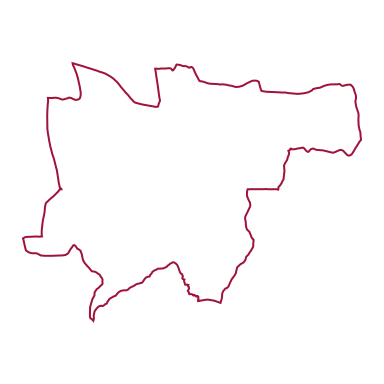 Masasi Township Authority, Mtwara, United Republic of Tanzania (Equal Earth projection)
{"feature_id": "72390352B27431607141265", "entity_name": "Masasi Township Authority", "entity_type": "district", "adm_level": 2, "iso_a3": "TZA", "parent_name": "United Republic of Tanzania", "parent_adm1": "Mtwara", "projection": "equal_earth", "projection_center": [38.869, -10.751], "detail": "fine", "context": "isolated", "style": "outline", "palette": "rose", "viewbox_px": 384, "rotation_deg": 0, "n_neighbors": 0, "source": "geoboundaries", "source_scale": "gbopen_adm2", "svg_char_len": 5837}
<svg xmlns="http://www.w3.org/2000/svg" viewBox="0 0 384 384"><path d="M361.0,139.9L360.4,133.8L360.4,132.3L359.4,129.4L359.0,127.1L358.8,126.7L358.6,124.6L358.4,119.7L358.6,114.9L358.3,112.8L356.3,106.9L355.4,102.0L355.6,99.9L356.0,98.5L356.0,96.6L355.7,94.9L354.4,91.1L353.7,88.5L352.3,86.2L351.5,85.7L350.9,84.9L350.0,84.6L347.2,84.8L343.1,85.8L342.2,85.8L341.5,85.5L340.1,84.3L339.5,84.0L337.4,84.3L332.6,84.4L330.7,84.4L327.6,84.9L325.9,85.3L323.6,86.1L320.0,87.7L316.5,88.2L313.2,89.0L311.8,90.5L308.3,92.3L303.2,93.4L297.7,93.9L288.6,93.1L285.2,92.5L281.6,92.5L274.5,92.1L266.8,91.8L262.2,91.1L261.5,90.9L260.7,89.0L258.7,81.7L257.2,80.9L256.3,80.7L255.1,80.6L252.8,80.7L251.1,81.3L247.1,83.2L244.2,84.9L242.4,85.8L239.3,86.7L236.2,87.0L234.5,86.7L231.7,85.8L228.9,85.4L226.2,84.7L222.2,84.3L220.2,84.5L217.4,84.1L209.7,83.7L207.3,83.1L203.5,81.8L201.1,81.2L200.2,81.3L199.5,80.9L199.2,80.6L197.3,76.9L196.1,74.9L193.3,68.5L192.3,67.4L191.4,67.0L190.4,67.1L189.9,67.6L188.7,67.6L187.8,67.0L186.5,66.3L185.3,66.1L183.1,66.1L180.0,65.0L176.9,64.5L176.4,64.8L175.0,67.7L173.1,70.3L172.4,70.4L171.4,69.0L170.8,68.6L170.0,68.3L169.1,68.2L165.4,68.5L161.4,68.5L158.3,68.9L156.8,68.7L155.2,68.7L157.7,85.2L158.8,93.5L159.4,97.6L160.0,100.5L159.6,101.8L158.9,103.3L158.0,106.6L155.9,106.9L142.5,104.5L137.6,103.3L134.9,102.5L133.6,101.5L132.6,100.3L130.8,98.5L127.7,94.6L126.0,92.9L120.8,86.8L119.2,84.6L116.7,81.7L113.1,78.4L110.4,76.5L106.6,74.3L104.6,73.3L100.4,71.9L99.1,71.6L97.6,70.9L90.5,68.6L88.0,67.9L84.2,66.6L72.6,63.2L72.9,64.8L73.4,66.0L74.0,67.1L76.3,73.0L77.1,75.5L78.1,79.1L78.7,82.0L79.6,85.8L80.7,92.4L80.7,94.9L80.3,97.1L79.5,98.8L78.1,99.5L76.1,99.9L75.0,99.8L70.8,97.9L68.9,97.6L68.1,98.1L63.2,99.5L62.0,99.5L59.3,98.5L57.5,98.0L55.9,97.7L51.0,98.0L47.9,97.9L48.1,100.3L48.1,102.1L47.8,103.5L47.5,108.2L47.3,112.5L47.2,115.8L47.4,129.3L48.0,133.6L49.2,140.8L50.4,146.8L52.6,155.1L53.3,156.9L53.9,158.7L56.2,167.9L56.8,169.8L58.4,180.1L58.6,182.0L59.3,185.1L59.9,187.9L61.1,188.6L61.4,189.3L59.7,189.5L58.1,191.6L53.5,196.2L49.6,199.5L45.9,203.1L45.4,204.9L45.2,206.0L44.9,207.7L44.7,210.8L44.2,214.3L42.9,220.4L42.4,224.1L41.7,230.7L41.7,235.1L41.8,235.9L42.0,236.4L39.5,236.7L36.7,236.5L26.7,236.9L25.2,237.2L24.0,237.8L23.0,238.4L23.5,240.0L25.1,247.3L25.9,250.3L28.0,251.9L29.3,252.5L31.1,253.1L33.0,253.3L35.3,253.2L37.2,253.5L40.5,255.3L41.1,255.5L45.1,255.8L51.6,255.8L62.7,255.4L65.4,255.0L68.0,253.5L70.3,249.5L71.9,247.4L73.2,245.4L74.1,245.1L75.1,245.6L76.3,247.1L77.3,248.7L78.5,249.2L80.4,250.6L81.8,254.3L82.3,257.0L83.0,259.9L83.5,260.8L83.5,261.2L85.0,263.4L87.7,266.5L88.8,267.6L91.7,271.2L95.2,271.8L96.5,272.5L97.9,273.6L99.7,274.7L100.2,275.8L101.7,277.9L102.5,279.3L102.4,281.8L102.6,283.3L102.2,284.4L100.0,286.3L98.9,287.6L96.7,289.2L94.7,292.2L94.5,293.6L94.5,295.3L93.8,296.7L92.6,298.7L90.7,304.8L90.1,307.4L89.9,315.1L90.0,317.0L90.4,318.1L91.1,318.8L91.8,319.1L93.3,320.8L93.9,318.5L93.7,315.5L94.6,311.3L96.4,308.8L98.4,306.6L101.0,305.7L102.5,306.1L103.9,305.4L105.1,304.2L106.6,303.7L107.5,301.8L109.6,298.8L113.3,296.6L115.8,295.6L117.3,293.6L119.0,291.9L121.1,290.8L123.9,290.3L126.6,290.3L128.0,289.6L129.6,288.0L131.7,286.8L133.7,286.0L136.3,284.2L142.0,282.7L142.9,281.7L144.7,278.9L145.9,277.6L147.5,276.8L149.6,276.5L150.2,275.0L151.5,273.6L152.4,271.9L154.5,270.4L156.7,269.5L157.8,268.7L161.2,268.6L163.5,268.3L166.6,266.9L167.3,266.0L170.4,263.6L172.9,262.3L174.2,262.5L175.6,263.4L177.1,264.8L178.0,266.6L180.1,272.5L181.0,273.6L182.1,274.3L182.4,274.9L182.4,275.3L182.9,276.5L182.5,277.1L182.4,278.5L182.9,279.1L184.0,279.3L184.4,279.5L184.1,280.1L184.2,281.9L184.6,282.6L184.8,283.5L185.1,284.5L185.4,284.8L187.0,284.7L187.6,284.7L187.7,284.9L188.3,285.0L188.0,285.6L188.1,286.4L188.8,286.9L189.0,288.3L188.8,289.2L187.9,290.5L187.9,291.2L188.9,292.3L189.1,293.0L189.1,293.8L189.4,294.2L191.3,294.1L192.1,294.3L193.1,295.3L193.3,295.4L193.5,294.9L193.9,294.8L194.2,294.9L194.3,295.4L194.5,295.5L195.3,295.5L196.4,296.6L196.7,296.6L196.9,296.0L197.5,296.0L198.3,296.7L198.3,297.2L198.4,297.6L198.3,298.5L198.5,299.0L198.5,299.6L198.1,299.7L198.1,301.1L199.6,300.9L200.9,300.6L204.2,300.0L206.1,299.7L207.9,299.6L214.4,300.7L220.5,302.9L221.4,299.9L221.8,298.3L222.0,297.1L222.2,293.9L222.5,292.7L223.2,291.2L225.3,288.6L226.9,288.0L227.9,287.2L228.5,286.4L230.4,282.0L231.5,279.7L232.5,278.1L234.2,276.0L235.3,274.1L236.0,272.6L236.1,271.7L236.9,268.4L237.2,267.5L237.6,266.9L240.5,264.2L241.3,263.7L242.6,263.1L243.6,262.4L244.4,261.4L245.3,260.0L245.8,258.8L245.8,257.8L246.4,256.6L248.5,254.5L249.9,252.0L250.9,250.9L251.7,249.3L252.9,247.3L253.1,246.7L253.3,245.3L253.2,243.8L253.5,241.2L253.4,240.9L253.6,240.6L253.6,240.0L253.4,239.5L253.1,239.1L252.6,238.9L251.6,237.5L250.5,234.4L250.2,233.9L249.3,231.7L247.2,229.7L246.7,228.9L246.2,227.0L245.9,225.2L245.8,223.0L245.6,221.3L245.1,218.6L245.2,217.1L245.6,215.9L247.8,211.4L250.1,206.5L250.3,205.5L250.3,204.6L249.7,201.8L249.1,201.1L248.1,198.7L247.4,197.2L246.9,195.1L247.0,191.8L247.6,189.3L251.6,189.2L264.0,189.2L266.2,189.0L267.9,189.3L275.0,189.2L277.1,189.3L278.2,189.6L278.4,188.7L278.4,187.3L278.7,186.7L280.0,185.5L280.7,184.5L282.0,182.3L282.4,181.2L283.6,179.2L283.6,178.5L284.1,174.4L284.2,172.7L284.5,171.3L284.0,165.5L285.4,162.6L287.3,159.6L287.7,157.3L288.6,155.3L289.2,153.3L288.4,150.7L289.8,150.2L290.4,148.7L291.2,148.6L291.9,149.3L295.0,149.2L297.2,148.6L298.8,148.3L300.0,148.2L302.7,147.6L303.6,147.9L304.5,148.8L306.2,150.8L307.5,151.7L308.2,151.9L309.0,151.3L310.7,149.3L312.3,148.7L313.5,148.6L315.6,149.6L316.9,149.9L323.1,150.4L331.7,152.5L333.2,152.7L334.5,152.3L339.3,150.2L340.9,149.9L341.7,150.0L343.3,150.9L347.1,154.9L348.4,155.6L349.9,155.4L351.0,154.8L352.0,153.9L354.2,150.5L355.2,148.5L356.5,146.6L359.5,141.7L361.0,139.9Z" fill="none" stroke="#9f1239" stroke-width="2"/></svg>